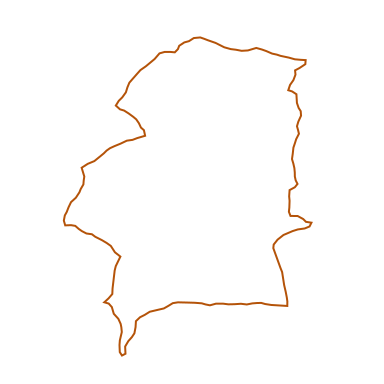 the district of Platina, São Paulo, Brazil, rotated 262°
{"feature_id": "56859067B47718729425481", "entity_name": "Platina", "entity_type": "district", "adm_level": 2, "iso_a3": "BRA", "parent_name": "Brazil", "parent_adm1": "São Paulo", "projection": "robinson", "projection_center": [-50.219, -22.62], "detail": "fine", "context": "isolated", "style": "outline", "palette": "amber", "viewbox_px": 384, "rotation_deg": 262, "n_neighbors": 0, "source": "geoboundaries", "source_scale": "gbopen_adm2", "svg_char_len": 2373}
<svg xmlns="http://www.w3.org/2000/svg" viewBox="0 0 384 384"><g transform="rotate(262 192 192)"><path d="M65.9,270.5L70.4,271.2L74.4,271.2L80.2,270.9L87.0,270.3L100.2,270.1L104.2,269.1L125.1,264.7L128.6,265.6L132.9,270.1L136.7,276.6L138.1,281.8L139.3,286.2L140.2,291.6L140.2,298.5L141.5,303.6L145.0,306.0L146.6,300.7L149.7,298.4L153.5,293.3L154.6,286.2L158.9,285.2L162.9,286.2L169.7,287.4L174.1,287.6L180.3,288.9L182.4,294.5L185.3,297.6L189.1,296.3L193.0,296.0L197.1,296.5L201.4,296.7L206.1,296.3L210.7,295.6L215.9,297.1L221.8,298.6L226.2,300.8L229.8,302.5L234.8,306.0L238.9,305.6L242.5,305.1L246.9,307.1L252.4,310.6L256.9,310.9L260.4,309.3L265.6,308.3L274.3,309.0L277.7,305.1L279.4,301.5L284.4,304.0L288.7,308.0L293.8,310.8L298.1,311.0L299.8,315.7L302.8,322.0L306.8,322.9L307.8,317.9L309.1,312.3L311.6,306.6L314.5,298.6L316.2,295.2L317.9,290.6L321.2,285.2L323.4,281.0L325.7,275.7L324.4,267.1L324.9,260.8L326.8,255.2L328.1,250.3L330.8,244.1L336.4,236.0L340.1,228.8L342.1,225.2L343.9,221.7L344.2,215.2L341.8,210.0L341.2,205.2L338.6,199.7L335.4,197.9L332.7,194.4L333.8,189.7L334.5,184.3L333.8,179.1L328.9,173.5L325.8,168.5L322.9,163.8L319.9,157.9L316.6,154.0L312.3,149.0L309.0,145.2L304.6,142.6L299.9,140.4L295.4,136.1L292.5,132.2L288.2,128.6L283.9,132.2L282.1,136.1L278.6,140.2L274.6,144.3L271.7,146.9L267.5,149.0L262.9,150.4L259.9,153.0L254.2,153.4L253.0,145.2L251.9,140.4L251.9,134.6L249.8,127.9L248.2,121.6L246.8,116.9L244.9,113.2L242.5,110.0L239.7,105.4L236.2,99.6L234.4,92.7L231.4,86.1L222.3,87.5L218.6,86.4L214.6,85.5L210.4,82.2L207.4,80.5L202.5,76.2L198.8,70.8L194.0,67.6L189.7,65.2L186.5,62.8L181.5,61.1L176.6,61.8L176.0,67.6L174.7,71.7L171.2,74.7L168.6,77.5L165.6,81.7L164.1,87.0L161.1,90.0L157.0,95.9L153.4,100.4L149.9,104.1L143.0,107.3L138.0,112.1L134.0,109.4L129.2,106.2L125.0,104.5L107.5,99.9L102.1,98.9L98.3,94.6L95.0,89.8L93.1,94.0L89.2,96.6L82.3,97.6L76.7,101.4L71.3,103.0L67.9,103.2L63.1,103.0L55.1,99.9L50.5,98.9L43.5,98.2L39.8,99.9L41.1,103.6L48.3,104.3L53.2,108.2L56.7,112.3L60.1,115.3L66.0,117.3L71.9,118.5L75.2,123.1L76.9,128.1L79.3,133.5L80.1,142.1L80.6,147.9L82.5,152.7L84.6,157.5L84.7,162.7L83.2,171.8L81.9,179.4L80.4,186.2L78.8,189.7L77.3,194.0L78.1,200.3L77.1,207.2L75.7,212.4L75.0,218.3L74.5,224.9L73.0,230.6L73.3,236.2L73.0,241.2L72.5,245.2L70.9,248.8L69.1,254.8L68.0,260.2L65.9,270.5Z" fill="none" stroke="#b45309" stroke-width="2"/></g></svg>